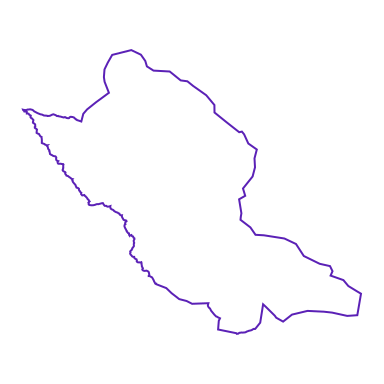 Bulgan, Bayan-Ölgiy, Mongolia (Robinson projection)
{"feature_id": "93677404B54665990627190", "entity_name": "Bulgan", "entity_type": "district", "adm_level": 2, "iso_a3": "MNG", "parent_name": "Mongolia", "parent_adm1": "Bayan-Ölgiy", "projection": "robinson", "projection_center": [90.814, 47.037], "detail": "fine", "context": "isolated", "style": "outline", "palette": "violet", "viewbox_px": 384, "rotation_deg": 0, "n_neighbors": 0, "source": "geoboundaries", "source_scale": "gbopen_adm2", "svg_char_len": 5849}
<svg xmlns="http://www.w3.org/2000/svg" viewBox="0 0 384 384"><path d="M244.1,134.3L241.9,131.6L239.2,132.2L226.5,122.2L214.5,112.5L214.4,105.0L206.2,95.2L193.2,86.0L187.4,81.3L180.7,80.4L169.7,71.5L153.5,70.6L146.9,66.4L145.3,61.0L140.9,54.7L131.3,50.1L112.2,54.9L107.8,62.6L104.5,69.4L103.9,77.1L104.6,81.8L108.9,92.8L96.1,102.2L87.1,109.4L83.3,113.8L81.3,121.5L78.7,120.6L77.0,120.1L76.6,119.6L75.9,119.4L75.6,118.9L74.7,118.4L74.3,117.7L72.6,117.0L71.8,117.0L71.2,116.8L70.6,116.8L70.2,117.0L69.6,117.3L69.3,117.9L68.8,118.2L67.9,118.2L66.3,117.9L65.8,117.4L65.0,117.1L64.4,117.2L63.9,117.5L62.2,117.1L60.6,116.6L58.7,116.3L58.1,115.9L57.2,116.1L56.6,115.9L55.8,115.2L53.4,114.3L52.3,114.6L50.1,115.7L49.1,115.9L47.4,116.0L47.0,115.7L43.9,115.5L42.1,114.6L40.4,114.3L37.5,113.1L34.1,111.3L33.2,110.4L32.5,109.9L31.4,109.6L30.1,109.3L28.7,109.5L27.9,109.5L27.3,109.6L26.7,109.9L26.2,110.1L23.7,109.9L23.0,109.7L23.1,110.0L23.4,110.3L24.1,110.9L24.3,111.5L25.2,111.6L26.4,111.4L26.6,111.5L26.8,111.7L26.8,113.5L27.7,113.5L28.6,113.7L29.2,114.7L30.8,115.6L30.8,115.8L30.5,116.4L30.5,117.2L31.3,118.2L32.0,118.4L33.0,119.6L33.4,120.0L33.4,120.3L33.2,121.0L32.9,122.2L33.1,122.9L34.2,123.5L34.4,123.8L35.1,124.3L35.2,124.7L35.2,125.8L35.3,126.4L35.3,126.5L34.8,126.9L34.8,127.8L35.2,128.2L36.5,129.0L37.0,129.6L36.8,130.3L36.7,131.6L36.6,132.1L36.6,132.9L37.6,133.5L39.1,134.1L39.8,135.5L40.3,136.1L40.6,136.4L41.4,137.0L41.5,137.0L41.5,137.3L41.6,137.7L41.8,139.2L41.8,140.0L41.9,141.1L41.8,141.8L41.8,143.0L42.1,143.2L43.0,143.5L44.4,144.0L44.8,144.5L45.1,144.6L45.6,144.7L46.5,145.4L47.4,145.3L47.0,145.7L47.0,146.0L47.8,147.0L47.9,147.8L48.2,148.8L48.4,149.2L48.8,149.6L49.3,150.2L49.4,150.4L49.2,150.8L49.2,151.1L49.7,151.9L49.7,152.5L49.9,153.3L50.0,154.0L50.4,154.2L51.3,154.9L52.2,155.2L52.5,155.5L53.0,155.8L54.2,156.2L55.3,156.3L55.6,156.5L56.0,157.0L56.3,157.6L56.2,158.2L56.1,158.5L56.2,159.8L56.9,160.6L58.2,161.1L57.8,161.5L57.6,162.1L57.7,162.8L57.9,163.3L58.0,163.5L58.3,163.7L59.0,163.8L60.2,163.7L61.1,163.8L61.7,164.0L63.2,164.1L63.5,164.6L63.2,165.4L63.2,166.0L63.3,167.4L63.0,168.1L63.2,168.8L62.6,169.9L62.6,170.1L63.0,170.8L63.4,171.2L65.3,172.2L65.5,172.6L65.2,173.1L65.2,173.6L65.5,174.3L66.1,174.8L66.4,175.5L66.6,175.5L67.2,175.9L68.1,176.1L69.4,177.2L70.6,177.9L70.9,178.3L71.7,178.9L72.6,179.1L72.2,179.6L72.2,180.0L72.4,180.5L72.7,180.8L72.6,181.2L72.7,181.5L73.1,182.2L74.6,184.0L75.3,184.6L75.6,185.4L75.6,185.7L76.1,186.4L76.3,187.2L76.4,187.5L77.0,187.8L77.8,187.9L78.9,188.7L78.9,189.6L79.2,190.5L79.5,190.9L80.0,191.2L80.2,191.8L80.4,192.2L81.3,192.7L81.1,193.7L81.1,194.1L81.2,194.3L81.5,194.5L82.0,195.2L82.2,195.4L82.5,195.4L84.3,195.0L84.9,195.9L85.6,196.3L85.9,196.8L86.5,197.3L87.4,198.5L87.6,199.1L88.5,199.7L88.6,199.9L88.8,200.6L89.6,201.4L88.4,202.6L88.5,202.9L88.8,203.2L88.7,203.7L88.7,204.4L89.2,204.9L90.0,205.1L91.6,205.3L93.5,205.2L95.4,204.7L96.0,204.4L97.1,204.1L97.5,204.1L98.3,204.2L102.0,203.2L102.9,203.1L103.0,203.2L103.5,204.3L104.6,205.7L104.9,205.9L105.3,205.9L106.4,205.9L106.9,206.4L107.7,206.7L109.1,206.5L110.3,206.1L110.2,206.5L110.6,208.5L111.6,209.3L112.9,209.8L113.6,210.3L113.9,210.8L114.9,211.5L116.0,212.1L117.8,212.7L118.5,213.4L119.4,213.6L119.8,214.6L120.4,215.1L121.1,215.4L121.9,215.3L121.8,215.7L121.9,216.2L122.0,217.0L122.6,218.0L122.7,218.4L123.1,218.9L123.5,219.7L124.4,220.2L125.6,220.3L126.3,220.6L126.5,221.3L125.7,221.8L125.3,222.5L125.3,222.8L125.1,223.3L125.1,223.8L125.4,224.2L124.8,224.7L124.5,225.2L124.5,226.6L125.2,228.1L125.3,228.5L125.5,228.8L125.8,229.1L126.2,230.0L126.4,230.6L126.8,231.0L126.7,231.3L126.9,231.7L127.1,231.9L127.5,232.2L128.0,233.0L128.3,233.2L129.0,233.4L129.1,234.9L129.7,235.8L129.9,235.5L130.1,235.4L131.4,235.0L131.7,235.7L131.8,235.9L132.4,236.3L133.1,236.5L133.6,237.8L134.4,238.3L134.4,239.3L133.8,240.3L133.7,240.6L133.8,241.9L134.2,242.8L134.2,243.0L133.8,243.8L133.8,244.5L133.9,245.7L133.9,246.1L133.6,246.5L133.4,246.9L132.5,247.9L132.4,248.1L132.3,248.7L132.0,249.0L131.8,249.8L131.6,250.0L130.8,250.6L130.2,251.4L130.2,251.7L130.5,252.2L130.5,252.5L130.3,252.8L130.1,253.5L130.2,253.8L130.6,254.6L131.2,255.1L132.0,256.2L132.2,256.4L132.7,256.7L133.5,256.9L134.2,256.9L134.3,257.5L134.4,258.0L134.7,258.4L135.7,259.0L136.5,259.3L136.6,259.8L136.9,260.3L136.7,261.3L137.0,261.8L137.8,262.3L138.2,262.4L139.0,262.3L140.2,262.5L141.0,262.3L141.3,262.2L141.6,263.2L141.5,264.1L141.8,265.3L141.9,266.6L142.2,267.1L142.5,267.4L142.6,267.9L142.9,268.3L142.3,269.3L142.3,269.6L142.4,269.8L143.3,270.6L144.2,270.8L144.6,270.9L146.1,270.7L146.7,270.7L148.2,271.5L148.6,271.9L148.9,272.6L149.0,273.3L149.3,274.3L149.2,275.0L148.7,275.7L148.7,276.0L149.4,275.9L149.7,276.0L150.3,276.5L151.8,277.2L152.2,277.6L153.5,279.9L154.2,281.6L154.7,282.4L155.2,283.5L155.9,283.6L155.8,283.9L156.0,284.1L166.3,288.1L171.6,293.2L179.2,299.1L186.6,301.0L192.1,303.8L208.4,303.2L207.9,305.0L207.9,305.8L208.3,306.7L208.9,307.6L210.0,308.5L211.1,310.7L214.4,314.7L216.2,316.5L217.0,316.7L217.9,317.3L220.0,318.3L218.8,320.8L218.5,324.4L218.1,329.5L236.3,333.2L236.6,333.4L236.7,333.7L236.9,333.9L237.5,333.7L238.2,333.7L238.8,333.2L239.4,332.8L240.5,332.7L241.4,332.5L242.6,332.6L245.0,332.4L245.9,332.1L246.6,331.6L247.9,331.2L248.5,330.9L251.1,330.3L251.9,330.0L252.5,329.5L253.8,328.9L254.3,328.9L254.6,329.0L255.0,329.0L255.3,328.8L260.2,322.7L263.1,304.3L266.0,307.0L274.8,315.7L276.2,317.7L283.1,321.6L292.0,314.6L307.5,310.9L323.9,311.7L332.1,312.6L347.2,315.9L357.3,315.2L361.0,293.7L357.6,291.7L348.3,286.0L343.4,280.1L330.6,275.6L332.5,271.2L330.0,266.1L319.7,263.8L303.8,256.0L296.0,244.0L284.4,238.5L263.9,235.3L255.5,234.8L250.4,227.4L240.5,219.8L240.8,216.8L241.4,213.3L239.1,199.3L245.2,195.8L243.0,188.5L252.6,176.5L255.0,167.3L254.5,158.4L256.8,149.5L248.3,143.5L244.1,134.3Z" fill="none" stroke="#5b21b6" stroke-width="2"/></svg>